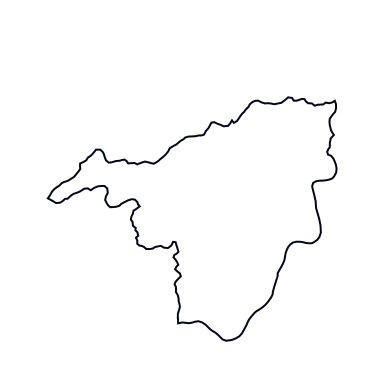 São João Batista do Glória, Minas Gerais, Brazil (orthographic projection), rotated 288°
{"feature_id": "56859067B336283598194", "entity_name": "São João Batista do Glória", "entity_type": "district", "adm_level": 2, "iso_a3": "BRA", "parent_name": "Brazil", "parent_adm1": "Minas Gerais", "projection": "orthographic", "projection_center": [-46.443, -20.535], "detail": "fine", "context": "isolated", "style": "outline", "palette": "ink", "viewbox_px": 384, "rotation_deg": 288, "n_neighbors": 0, "source": "geoboundaries", "source_scale": "gbopen_adm2", "svg_char_len": 3896}
<svg xmlns="http://www.w3.org/2000/svg" viewBox="0 0 384 384"><g transform="rotate(288 192 192)"><path d="M255.1,323.1L259.1,322.2L262.1,320.6L264.4,318.9L267.5,316.1L269.4,313.2L269.6,309.8L272.1,308.1L274.8,308.4L277.3,309.2L281.3,307.9L285.9,307.4L290.1,309.3L291.9,307.1L293.5,305.2L295.9,303.8L298.3,302.3L301.4,301.0L304.3,300.4L306.8,301.2L309.6,302.1L312.4,303.4L316.4,303.1L320.2,301.7L322.9,299.6L320.5,297.7L318.8,294.9L318.3,291.4L315.8,289.7L314.8,287.0L313.7,284.4L312.0,282.1L313.3,278.5L312.3,275.1L313.2,272.5L315.1,270.3L314.6,267.9L313.0,265.8L311.2,263.4L310.3,260.4L312.4,258.2L311.7,254.2L307.8,251.8L304.5,249.5L302.7,246.3L300.9,243.2L300.6,240.0L300.0,237.0L298.8,234.1L298.7,230.6L299.3,226.5L298.3,224.1L296.6,222.0L293.6,220.0L290.2,219.3L287.2,217.7L284.1,216.7L281.9,215.5L279.4,214.6L276.5,213.8L273.3,212.8L270.7,210.4L272.5,207.9L269.0,207.1L266.0,205.8L264.3,201.9L264.7,198.0L264.8,194.7L265.3,191.5L263.9,189.0L261.0,188.5L257.7,187.9L254.2,186.3L250.4,185.8L248.7,183.5L247.8,180.9L246.1,178.0L244.8,174.6L243.4,171.1L241.6,168.6L239.3,167.5L237.5,165.6L234.8,163.9L232.4,162.5L229.4,159.5L226.7,157.3L223.2,156.8L219.8,155.5L216.4,153.7L213.7,151.8L211.1,150.4L209.1,148.8L207.1,146.9L206.8,143.9L206.7,141.3L206.4,137.9L203.8,134.2L201.3,131.4L201.9,128.4L200.7,125.4L199.5,122.4L201.1,120.4L202.0,117.8L200.8,115.6L199.3,113.4L198.0,110.2L195.5,106.6L194.2,103.8L195.5,100.5L198.2,98.2L200.2,96.9L202.3,95.1L203.9,91.8L202.7,87.7L198.2,86.0L195.2,84.5L192.6,82.4L189.4,81.6L186.9,79.4L184.6,76.8L182.3,77.4L179.4,78.6L176.3,77.7L172.9,76.3L169.8,75.1L167.6,73.2L164.6,70.8L162.1,67.5L160.3,65.4L157.3,64.0L154.3,61.6L151.9,60.0L149.3,58.8L145.6,58.1L141.4,56.9L140.6,61.5L139.5,66.1L141.0,69.7L143.4,71.8L146.2,73.3L147.2,75.8L149.5,77.0L151.9,78.5L153.7,80.0L155.4,82.4L157.5,84.9L159.4,86.6L161.8,88.5L163.2,91.6L162.4,95.2L165.7,97.7L168.1,100.5L169.5,103.3L170.7,106.8L169.2,110.3L165.0,112.2L161.1,111.5L157.5,111.9L154.9,114.5L153.2,116.6L152.3,119.0L153.3,121.6L154.6,124.6L156.4,127.1L159.0,128.5L162.0,131.4L164.5,134.0L166.6,137.1L167.1,140.1L165.5,143.2L163.5,144.5L162.2,146.7L159.3,144.7L156.0,142.1L153.3,142.5L149.8,142.0L146.9,142.4L145.1,144.7L141.5,146.4L140.4,149.6L138.1,150.0L136.9,152.4L133.8,154.4L131.2,152.8L129.0,155.0L125.9,155.9L124.8,158.4L125.2,161.0L124.8,163.6L123.6,166.0L124.6,169.2L126.1,172.2L128.1,173.7L129.5,176.0L131.2,179.1L130.4,182.3L131.2,186.4L134.7,188.9L138.7,189.4L139.2,191.9L136.8,193.5L133.7,195.7L131.0,197.6L128.6,196.5L126.7,194.7L124.2,194.6L122.5,197.3L120.4,199.9L118.4,201.4L116.0,200.2L113.2,199.8L111.7,203.2L110.8,205.7L108.3,207.4L104.8,205.6L101.5,204.1L98.7,204.0L97.0,205.9L94.8,206.8L91.9,207.6L89.7,210.2L86.7,212.1L83.7,213.2L81.6,214.7L79.0,216.0L76.2,216.2L71.9,216.2L68.5,217.2L65.9,218.3L62.8,219.4L65.0,223.3L65.6,226.4L66.3,229.7L67.8,232.5L69.6,235.1L71.1,238.0L71.1,241.9L70.0,245.9L68.6,248.7L67.3,251.2L66.3,254.0L65.5,257.6L64.1,261.0L63.0,263.3L61.3,266.4L61.1,270.5L62.5,273.5L63.9,276.0L66.0,278.5L69.1,281.4L72.7,283.1L76.4,283.9L80.5,284.6L83.1,285.0L85.9,285.2L88.8,285.8L91.5,286.8L94.4,288.0L96.6,288.9L98.6,290.2L100.9,292.2L103.6,294.3L107.0,296.5L110.5,298.0L113.8,299.1L116.3,299.9L119.6,300.3L121.9,299.8L127.3,299.5L130.3,299.5L133.9,299.4L138.4,299.5L141.1,298.6L143.5,299.0L146.2,299.5L148.7,300.1L151.7,300.6L154.3,300.9L156.9,300.8L159.7,300.4L162.4,300.0L166.0,300.0L169.5,300.5L172.4,301.7L175.1,303.6L177.0,306.7L178.0,309.9L178.5,312.6L178.8,316.5L179.5,319.5L180.4,322.0L182.5,323.9L185.2,325.9L188.5,327.1L193.2,327.1L197.2,325.6L200.0,324.5L202.3,323.2L205.5,321.4L209.0,319.1L212.2,316.9L214.9,315.1L218.2,313.7L221.6,312.4L224.4,310.6L227.2,309.1L229.4,307.6L231.6,306.2L234.6,304.5L238.1,304.4L240.6,306.7L242.1,309.7L243.2,312.7L244.5,315.7L246.3,318.9L248.4,321.3L251.0,322.4L255.1,323.1Z" fill="none" stroke="#020617" stroke-width="2"/></g></svg>